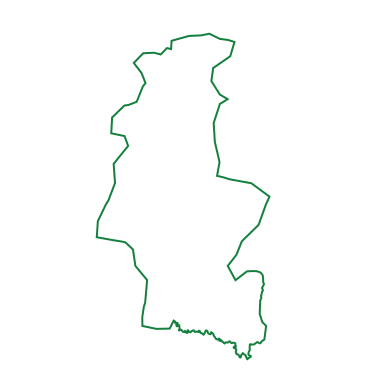 Tariat, Arhangay, Mongolia (Albers equal-area conic projection), rotated 97°
{"feature_id": "93677404B47373317082591", "entity_name": "Tariat", "entity_type": "district", "adm_level": 2, "iso_a3": "MNG", "parent_name": "Mongolia", "parent_adm1": "Arhangay", "projection": "albers", "projection_center": [100.344, 48.242], "detail": "fine", "context": "isolated", "style": "outline", "palette": "green", "viewbox_px": 384, "rotation_deg": 97, "n_neighbors": 0, "source": "geoboundaries", "source_scale": "gbopen_adm2", "svg_char_len": 5950}
<svg xmlns="http://www.w3.org/2000/svg" viewBox="0 0 384 384"><g transform="rotate(97 192 192)"><path d="M60.2,257.3L71.0,265.5L80.0,256.6L89.6,251.4L93.1,253.6L109.2,257.9L113.4,265.7L114.4,269.6L127.8,280.4L130.4,280.2L143.6,279.3L144.7,265.8L148.5,263.8L154.1,261.0L164.4,267.5L173.6,273.2L192.4,269.5L210.5,273.9L214.4,275.8L232.4,281.9L248.5,281.0L249.2,268.4L249.4,264.8L249.8,254.4L250.1,252.0L256.2,243.6L272.2,239.2L284.9,225.8L307.6,225.0L311.6,225.8L322.2,226.1L331.0,224.9L332.2,210.8L330.3,197.5L321.9,194.5L322.1,194.1L322.3,193.6L322.5,193.3L322.7,193.0L322.9,192.9L323.1,192.9L323.3,192.9L323.6,192.9L323.8,192.9L323.9,192.7L323.9,192.4L323.9,192.1L323.8,191.9L323.7,191.5L323.7,191.3L323.7,190.9L323.8,190.6L323.9,190.4L324.0,190.3L324.3,190.6L324.3,190.8L324.5,191.0L324.9,190.9L325.0,190.9L325.1,191.0L325.4,191.3L325.6,191.4L325.8,191.4L326.1,191.3L326.4,191.1L326.7,191.0L327.0,190.8L327.1,190.6L327.1,190.4L327.0,190.2L326.8,190.0L326.5,189.9L326.1,189.6L325.8,189.4L325.7,189.2L325.8,188.8L325.9,188.5L326.2,188.3L326.5,188.3L326.9,188.3L327.2,188.2L327.6,188.0L327.9,187.9L328.3,187.8L328.9,187.7L329.4,187.7L329.8,187.9L330.1,188.0L330.5,188.2L330.9,188.0L331.0,187.8L330.9,187.5L330.6,187.3L330.4,187.1L330.2,187.0L330.0,186.7L330.2,186.2L330.2,185.8L330.4,185.4L330.7,185.0L330.9,184.7L331.3,184.6L331.5,184.4L331.7,184.2L331.8,183.9L331.8,183.4L331.9,183.2L332.0,182.9L332.0,182.7L332.0,182.4L331.8,182.3L331.7,182.3L331.3,182.2L330.9,182.1L331.0,181.7L331.3,181.3L331.5,181.2L331.8,181.0L332.1,180.7L332.3,180.4L332.4,180.1L332.5,179.6L332.4,179.4L332.1,179.3L331.9,179.2L331.5,179.4L331.1,179.5L330.9,179.7L330.5,179.6L330.0,179.5L329.7,179.2L330.0,178.7L330.7,178.3L331.0,178.0L331.2,177.6L331.4,177.0L331.5,176.7L331.4,176.4L331.2,176.2L330.9,176.0L330.4,175.7L330.2,175.6L330.1,175.4L329.8,174.9L329.6,174.5L329.3,174.1L329.2,173.9L329.1,173.5L329.3,173.2L329.5,173.0L329.8,172.8L330.0,172.7L330.3,172.5L330.5,172.2L330.5,171.9L330.4,171.6L330.2,171.3L330.1,170.7L330.0,170.3L330.0,169.9L330.1,169.5L330.1,169.1L330.2,168.7L330.0,168.3L329.8,168.2L329.5,168.3L329.2,168.4L328.9,168.3L328.9,168.1L329.0,167.6L329.1,167.4L329.3,167.2L329.5,167.1L330.1,166.8L330.5,166.6L330.8,166.3L330.9,166.0L330.9,165.7L331.0,165.1L331.2,164.7L331.5,164.3L331.8,163.9L332.0,163.6L332.2,163.2L332.0,162.9L331.5,162.7L331.2,162.6L330.9,162.4L330.5,162.3L329.9,162.1L329.5,161.8L329.2,161.8L328.8,161.7L328.5,161.7L328.2,161.5L327.8,161.3L327.8,161.0L327.7,160.6L327.8,160.3L328.1,159.9L328.7,159.5L329.4,159.2L329.9,159.0L330.1,158.8L330.3,158.5L330.5,158.2L330.8,157.7L330.9,157.3L331.0,156.8L330.9,156.4L330.7,156.1L330.4,155.9L330.1,155.8L329.9,155.8L329.6,155.9L329.2,156.0L328.9,155.9L328.9,155.7L329.0,155.4L329.4,154.9L329.6,154.5L329.9,154.0L330.2,153.6L330.4,153.4L330.6,153.3L331.0,153.2L331.5,153.1L331.9,152.9L332.3,152.5L332.6,152.2L332.8,152.1L333.0,151.9L333.3,151.5L333.8,151.1L334.3,150.8L334.7,150.5L334.9,150.1L335.2,149.6L335.2,149.2L335.2,148.6L334.9,147.8L334.8,147.4L334.4,147.5L334.4,147.0L334.7,146.5L335.0,145.9L335.7,144.9L336.3,145.9L336.6,144.0L337.2,142.9L337.9,142.1L338.3,141.2L338.0,141.0L337.4,140.6L337.1,140.0L337.2,138.5L336.3,137.3L335.7,136.8L335.7,136.2L336.2,135.6L336.9,134.9L337.1,134.5L337.0,134.0L336.9,133.6L336.7,133.4L336.6,133.0L336.5,132.3L336.5,131.7L336.6,131.2L336.7,130.9L336.8,130.7L337.1,130.6L337.5,130.4L337.8,130.4L338.3,130.3L339.2,130.0L339.9,129.6L340.4,129.6L340.8,129.9L340.8,130.3L340.7,130.6L340.5,130.9L340.5,131.1L340.4,131.3L340.8,131.6L341.1,131.7L341.3,131.7L341.5,131.6L341.7,131.2L342.0,130.6L342.1,129.9L342.6,129.3L342.9,129.0L343.3,128.8L343.7,128.7L344.2,128.8L344.7,129.0L345.2,129.1L345.9,128.9L346.4,128.6L346.7,128.4L347.0,128.3L347.3,128.2L347.5,127.9L347.5,127.3L347.5,127.0L347.7,126.8L348.0,126.0L348.8,125.3L349.3,124.9L350.0,124.7L350.4,124.1L350.3,123.7L350.0,123.5L349.6,123.5L349.4,123.3L349.2,123.4L349.0,123.5L348.8,123.6L348.5,123.5L347.9,123.2L347.2,122.9L346.8,122.4L346.3,122.1L345.9,122.0L346.0,121.4L346.3,121.0L346.6,120.7L347.0,120.2L347.1,119.6L347.4,119.0L347.8,118.9L348.4,118.5L348.7,118.5L349.0,118.1L349.4,117.9L349.9,117.5L350.3,117.4L350.6,117.3L350.9,117.2L351.2,116.6L351.0,116.4L350.7,116.2L350.4,116.2L350.2,116.2L350.1,115.8L349.4,114.9L349.1,114.6L348.8,114.0L348.5,113.7L348.1,113.6L347.8,113.7L347.5,113.8L347.4,114.1L347.2,114.5L347.2,114.9L347.2,115.3L347.1,115.6L346.9,115.9L346.5,116.1L346.0,116.2L345.6,116.3L344.9,116.3L343.9,116.2L342.8,115.8L342.0,115.4L341.1,115.4L339.9,115.8L336.6,116.0L336.2,115.8L336.0,115.7L335.9,115.2L336.3,114.6L336.1,114.1L336.0,113.4L335.9,112.4L335.5,111.6L335.0,111.1L334.3,110.4L333.8,109.8L333.3,109.3L333.0,108.8L333.0,108.5L333.2,108.2L333.3,107.7L333.5,107.4L333.7,107.2L333.9,106.6L333.9,106.1L333.6,105.6L333.1,105.4L332.6,105.1L332.1,104.8L331.6,104.6L330.9,103.7L330.1,102.7L329.5,102.2L315.9,102.1L312.4,106.5L306.8,109.0L304.9,109.9L304.5,110.0L300.2,110.3L296.0,110.7L293.2,110.8L292.7,110.9L292.3,111.1L291.9,111.1L290.6,110.8L289.0,110.4L288.3,110.3L287.8,110.5L287.0,110.8L286.7,110.8L286.2,110.6L285.4,110.6L284.1,110.4L283.7,110.4L283.0,110.4L282.4,110.2L282.0,110.1L281.8,109.9L281.5,109.7L281.3,109.7L280.8,109.7L280.4,109.9L279.8,110.1L279.5,110.4L279.1,110.7L278.6,110.8L277.1,110.2L276.2,109.8L275.2,109.5L274.6,109.4L274.3,109.5L274.0,109.7L272.9,110.3L269.8,110.8L267.9,111.2L266.2,111.6L265.7,112.0L265.0,112.7L264.2,113.5L263.6,114.3L263.2,115.4L262.7,118.6L263.2,122.9L264.1,127.8L274.2,138.1L261.0,147.5L249.0,140.3L234.8,136.5L216.5,121.9L195.7,117.2L187.2,114.5L176.1,134.1L174.8,156.0L173.6,162.8L172.9,169.1L159.2,168.3L149.6,171.7L139.6,175.4L134.9,176.3L130.5,177.1L120.8,178.9L101.1,175.0L98.9,172.1L95.5,168.0L91.9,176.2L79.5,186.3L66.4,186.1L52.6,170.6L37.9,168.1L36.7,174.8L36.6,183.1L32.8,194.1L35.4,201.9L37.5,214.1L44.4,230.7L52.7,230.2L52.2,234.4L59.3,239.8L58.4,246.5L60.2,257.3Z" fill="none" stroke="#15803d" stroke-width="2"/></g></svg>